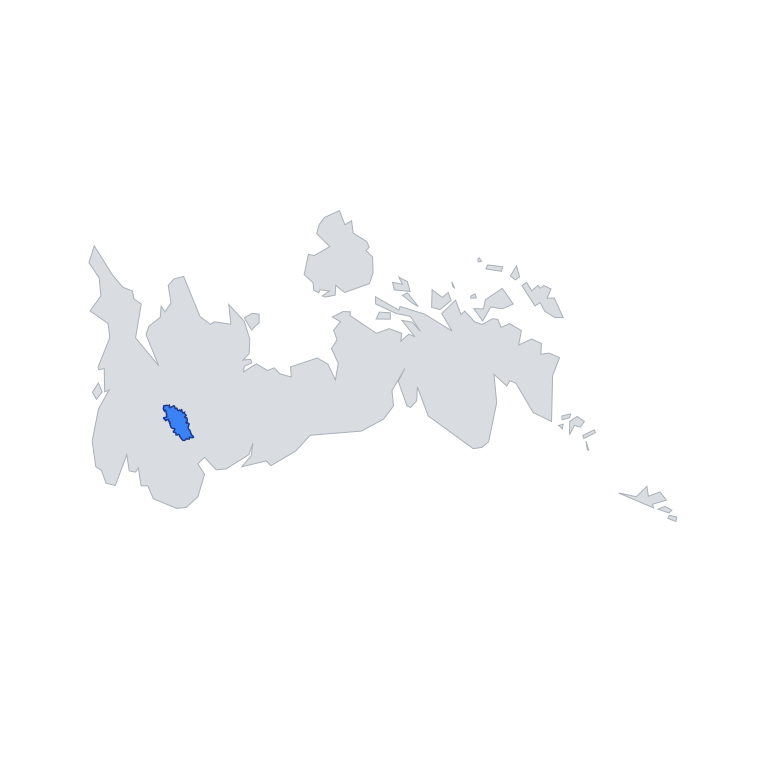 Northamptonshire on a map of United Kingdom (Mercator projection), rotated 101°
{"feature_id": "GBR-2749", "entity_name": "Northamptonshire", "entity_type": "Administrative County", "adm_level": 1, "iso_a3": "GBR", "parent_name": "United Kingdom", "parent_adm1": "", "projection": "mercator", "projection_center": [-0.87, 52.306], "detail": "fine", "context": "in_parent", "style": "filled", "palette": "blue", "viewbox_px": 768, "rotation_deg": 101, "n_neighbors": 0, "source": "natural_earth", "source_scale": "10m", "svg_char_len": 5280}
<svg xmlns="http://www.w3.org/2000/svg" viewBox="0 0 768 768"><g transform="rotate(101 384 384)"><path d="M409.1,608.6L381.0,627.0L372.2,625.8L361.4,616.4L350.2,617.6L354.9,612.8L345.2,608.5L328.4,614.6L321.1,610.4L316.6,601.2L353.0,577.4L358.5,565.9L355.3,562.3L354.5,545.7L335.5,551.6L349.1,533.2L365.6,524.3L379.9,522.2L387.4,526.9L385.1,519.6L388.4,517.8L393.2,524.5L398.8,524.2L388.5,513.1L393.0,501.0L389.1,494.8L393.8,488.3L394.9,476.3L385.1,479.0L371.2,454.5L375.4,442.7L389.4,432.5L372.6,432.8L359.2,442.3L349.6,438.5L340.9,443.6L331.1,438.6L328.1,447.5L320.7,437.9L319.5,430.6L323.3,430.5L335.7,401.1L328.7,389.6L330.9,376.2L338.8,375.7L330.3,369.1L331.7,362.8L318.1,378.6L317.9,368.2L325.3,358.4L312.6,371.0L312.5,385.5L307.0,407.5L300.0,409.0L308.7,383.6L304.8,383.0L307.7,357.4L319.0,327.3L303.8,340.8L288.1,329.7L301.3,321.6L297.0,318.7L305.8,306.7L306.8,298.8L299.2,290.0L298.9,284.6L306.1,279.8L300.8,272.3L305.3,259.3L320.0,259.3L311.7,247.7L314.1,237.2L324.9,235.7L322.2,228.1L324.6,216.7L343.7,220.1L388.8,212.4L383.6,232.1L358.2,254.5L356.7,261.1L362.5,263.1L353.5,277.9L380.9,269.8L420.8,270.3L427.6,275.8L430.4,284.2L406.9,334.5L380.4,350.7L394.3,348.7L401.9,353.4L401.2,357.2L378.7,370.5L364.8,366.5L389.0,374.9L403.7,370.5L418.5,377.7L434.5,397.1L448.4,446.6L466.7,457.9L485.9,479.6L481.9,484.9L492.4,507.8L479.8,500.7L467.1,501.4L479.1,503.2L497.5,522.8L500.3,532.4L490.2,546.2L497.8,551.5L506.9,542.9L530.2,545.2L542.8,554.5L545.7,563.9L540.7,588.5L529.0,596.4L530.3,603.0L513.3,609.1L518.0,611.3L517.8,617.5L502.5,623.0L534.9,628.4L534.4,637.9L522.8,644.9L520.1,651.2L495.4,659.6L463.0,659.5L442.3,652.7L445.0,656.7L422.2,661.6L424.5,666.6L422.1,667.9L390.6,662.0L377.3,666.4L368.3,686.5L351.5,678.7L334.1,683.9L321.3,696.8L303.7,694.8L328.6,671.5L338.8,659.0L340.8,648.5L348.2,645.9L351.7,637.5L386.1,636.7L409.1,608.6ZM291.8,483.3L271.2,482.9L271.3,477.0L259.5,463.4L249.2,478.7L239.9,478.1L231.8,474.1L222.3,460.8L235.1,452.8L230.0,447.0L241.8,443.0L247.4,428.2L252.6,424.6L256.5,427.1L261.5,419.4L276.9,416.0L288.2,417.4L301.7,440.2L296.4,450.2L306.1,448.9L309.8,458.1L309.3,461.4L303.2,455.3L303.7,464.8L306.9,465.4L305.3,470.9L298.1,473.0L291.8,483.3ZM286.0,229.4L281.8,240.3L274.3,246.2L278.6,250.7L261.2,267.3L257.0,263.4L264.4,256.7L257.9,251.8L260.2,248.9L256.9,246.1L258.8,238.2L268.7,240.3L267.1,233.3L284.7,220.7L286.0,229.4ZM287.7,282.3L288.0,293.9L303.3,299.2L292.9,310.2L291.3,300.7L281.9,300.6L267.6,286.1L280.8,272.4L287.7,282.3ZM444.1,84.7L450.8,97.5L454.2,95.7L446.2,132.9L446.5,114.9L434.3,106.4L443.7,103.1L437.3,92.4L444.1,84.7ZM299.7,351.9L282.2,354.8L287.9,343.2L282.0,338.5L289.1,334.0L300.3,343.2L299.7,351.9ZM347.6,518.3L356.2,524.4L345.7,533.8L339.8,526.9L339.3,520.0L347.6,518.3ZM288.2,376.1L289.6,392.0L282.5,395.0L282.6,384.9L276.4,389.7L279.0,380.6L288.2,376.1ZM388.9,183.1L388.3,189.1L398.3,192.2L385.1,194.5L379.0,188.2L382.4,180.2L388.9,183.1ZM321.7,404.1L314.3,402.2L313.0,391.5L319.1,390.1L321.7,404.1ZM453.8,663.4L447.7,668.6L437.5,664.6L445.7,659.1L453.8,663.4ZM293.4,382.9L290.1,378.3L301.5,365.1L299.1,371.8L293.4,382.9ZM253.0,271.4L256.7,274.9L253.8,280.6L242.9,276.4L253.0,271.4ZM251.6,305.9L247.3,305.0L246.3,289.8L251.0,290.4L251.6,305.9ZM454.6,91.1L450.6,85.1L452.9,77.3L456.2,79.6L454.6,91.1ZM399.4,177.5L396.6,179.1L388.9,168.7L391.4,167.2L399.4,177.5ZM385.2,202.4L381.4,203.2L377.7,195.1L381.7,195.4L385.2,202.4ZM463.3,71.2L461.7,79.7L458.5,78.9L458.7,71.3L463.3,71.2ZM409.2,172.1L401.6,174.7L410.0,170.4L409.2,172.1ZM283.3,315.0L281.1,315.6L278.3,311.8L281.9,309.8L283.3,315.0ZM394.0,200.3L391.4,204.8L389.4,200.6L394.0,200.3ZM275.1,335.1L270.6,337.1L276.6,332.8L275.1,335.1ZM246.1,314.9L243.3,315.7L242.0,314.5L244.9,311.7L246.1,314.9Z" fill="#d9dde1" stroke="#a8b0b8" stroke-width="1"/><path d="M467.3,584.6L464.8,586.2L463.7,586.2L463.3,587.0L462.3,586.7L462.1,587.1L462.1,587.5L461.7,588.1L459.9,588.7L460.0,589.2L460.3,589.4L460.8,590.3L461.6,591.0L461.6,591.4L461.4,591.6L460.7,591.7L460.7,592.7L460.3,593.0L459.6,593.8L459.2,593.8L457.9,591.0L457.6,590.9L456.3,591.5L455.2,591.4L454.8,592.0L452.8,592.5L452.1,593.0L451.3,593.9L452.4,594.3L452.1,594.5L451.4,595.4L450.7,595.5L450.0,596.0L448.3,595.9L447.6,596.1L447.3,595.9L446.5,593.2L446.3,592.8L446.4,591.0L445.9,590.7L447.0,590.2L448.0,590.0L448.2,589.7L445.5,586.2L445.6,585.7L446.1,585.2L447.8,584.4L447.9,583.9L447.3,583.1L447.3,582.7L449.2,581.5L449.1,580.3L448.6,579.8L449.3,578.8L449.2,578.5L448.1,578.2L447.8,577.8L448.3,577.4L450.0,576.8L450.6,576.3L450.5,575.7L449.9,574.5L450.8,574.7L451.6,573.3L452.7,572.2L454.5,573.4L455.2,571.7L454.9,571.6L454.8,571.3L454.9,571.1L457.2,570.1L458.0,570.2L459.3,571.0L459.7,571.0L460.2,570.2L459.5,569.5L460.2,567.9L460.5,567.6L461.5,567.9L462.9,567.8L463.8,568.2L464.6,567.9L464.8,567.8L465.9,566.9L466.4,565.8L470.7,563.3L471.6,561.5L472.6,560.8L473.1,561.4L473.4,562.3L473.2,564.5L473.6,564.8L475.1,564.6L475.1,564.9L475.1,565.4L475.6,566.1L475.3,567.5L477.3,568.7L477.7,570.5L477.6,570.9L476.1,572.8L475.0,573.7L474.7,574.4L472.8,575.3L472.8,576.2L473.6,577.6L473.7,578.4L472.2,578.7L471.5,579.7L471.5,581.0L471.3,581.5L471.0,581.7L470.4,581.6L469.8,580.8L469.4,580.7L467.7,581.0L467.6,581.4L467.9,582.1L467.9,583.3L467.3,584.6Z" fill="#3b82f6" stroke="#1e3a8a" stroke-width="1.5"/></g></svg>